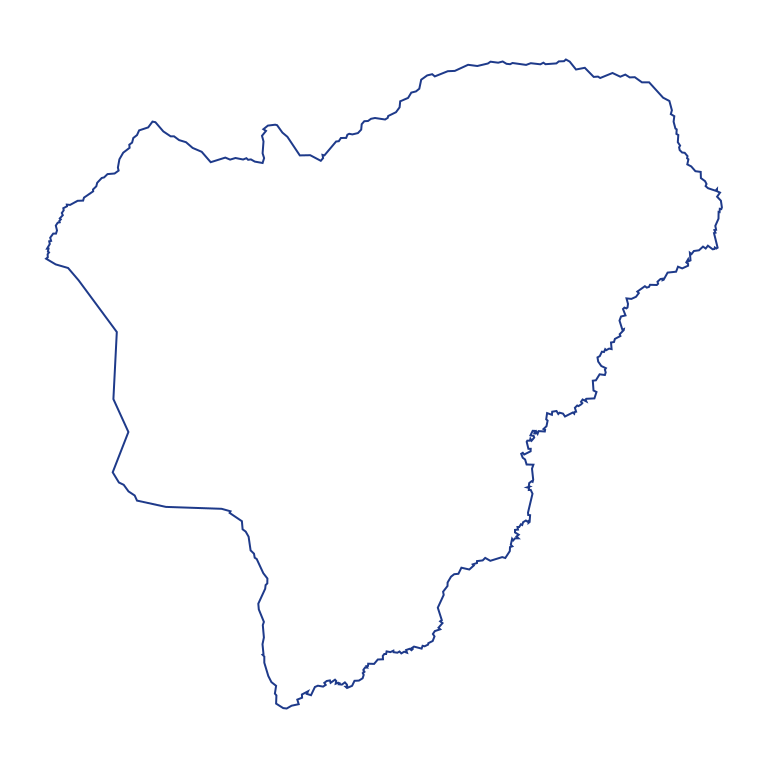 outline of Mungwi, Muchinga, Zambia
{"feature_id": "96606910B23171864038647", "entity_name": "Mungwi", "entity_type": "district", "adm_level": 2, "iso_a3": "ZMB", "parent_name": "Zambia", "parent_adm1": "Muchinga", "projection": "mercator", "projection_center": [31.716, -9.991], "detail": "fine", "context": "isolated", "style": "outline", "palette": "blue", "viewbox_px": 768, "rotation_deg": 0, "n_neighbors": 0, "source": "geoboundaries", "source_scale": "gbopen_adm2", "svg_char_len": 6048}
<svg xmlns="http://www.w3.org/2000/svg" viewBox="0 0 768 768"><path d="M717.6,247.7L714.0,233.1L715.5,232.7L714.4,230.1L716.1,229.8L715.3,225.9L718.5,218.7L718.6,211.9L719.6,212.1L719.8,208.8L721.3,209.1L721.9,207.4L720.9,200.7L717.1,196.7L720.0,192.6L716.9,191.2L717.0,189.0L715.5,190.7L708.0,188.2L705.6,186.1L706.5,184.0L705.1,181.2L700.9,178.1L700.7,171.9L695.4,171.2L691.2,166.4L687.3,164.4L688.4,159.3L687.1,158.3L687.5,156.1L684.7,152.8L682.1,152.5L679.7,150.1L679.1,147.3L680.1,145.6L677.8,142.2L678.3,135.0L676.4,133.9L676.7,129.4L675.4,128.5L673.6,121.7L674.3,116.2L670.8,114.1L671.9,110.3L669.4,101.0L663.1,97.7L649.1,82.3L641.9,82.3L634.8,77.2L629.7,77.4L625.3,74.6L620.3,76.7L612.5,73.0L600.2,78.0L598.0,76.6L593.7,76.9L584.8,67.8L576.0,69.5L569.7,61.6L565.9,59.5L564.0,61.2L558.8,61.4L556.4,63.4L545.5,64.2L543.4,62.7L540.4,64.3L530.8,63.2L526.1,64.9L512.5,63.0L510.1,64.2L506.5,63.8L502.7,61.5L498.2,62.7L490.5,61.7L487.9,63.5L477.3,66.0L468.1,64.8L454.8,70.9L447.8,71.2L434.8,76.4L432.2,74.2L427.2,75.4L421.2,79.7L419.3,88.7L416.0,91.4L411.3,92.6L408.1,97.9L400.2,101.3L399.6,107.3L396.0,112.2L388.2,116.0L387.7,117.9L385.1,119.5L375.0,118.0L371.0,118.8L368.0,121.0L364.3,121.2L361.7,124.2L361.2,129.6L357.9,133.1L352.4,134.4L349.2,133.8L347.4,134.7L346.2,137.9L340.9,138.0L338.8,141.2L336.1,141.5L324.4,155.4L322.5,154.9L323.1,158.1L320.8,160.8L310.2,155.2L299.8,155.4L287.4,136.8L282.4,132.6L277.1,125.2L275.2,124.7L267.9,125.6L263.4,129.2L266.0,130.9L262.0,135.8L263.5,141.4L262.6,153.3L264.1,158.1L262.6,163.0L254.8,161.6L250.9,159.4L248.1,159.8L246.4,158.2L243.1,159.5L235.5,158.0L230.1,159.6L225.3,157.6L210.7,162.2L201.7,151.8L192.6,147.9L186.0,142.2L179.1,140.1L174.0,136.3L170.6,136.3L163.3,131.4L155.4,122.2L152.5,121.6L148.2,127.4L139.1,130.4L137.0,135.1L133.3,138.0L132.1,142.6L129.3,144.7L129.6,147.8L123.2,152.7L119.4,159.3L117.9,167.6L118.6,170.6L114.6,173.5L107.5,174.1L104.1,177.4L101.7,178.0L97.2,182.8L96.3,186.3L93.0,189.5L93.2,191.3L84.0,197.6L83.1,200.6L77.6,200.8L70.1,204.9L66.8,204.6L67.0,206.3L63.3,208.2L63.7,210.3L61.8,213.0L62.8,215.2L59.8,218.4L60.8,219.4L59.3,221.0L59.7,222.3L57.7,222.7L55.8,225.6L57.0,230.4L56.0,233.6L53.2,233.6L50.2,237.7L51.1,240.9L49.2,241.3L49.8,244.0L47.0,248.7L48.5,248.7L47.9,251.6L49.0,252.4L47.6,254.3L47.8,257.3L46.1,258.7L55.7,264.4L68.1,268.0L78.6,280.3L116.8,332.0L113.4,399.1L128.4,432.0L112.7,472.3L118.9,482.5L123.7,484.8L128.5,491.4L134.7,495.5L137.0,500.6L165.9,506.9L221.6,508.8L230.5,511.3L229.6,512.9L241.9,521.2L242.6,529.3L245.7,531.6L248.6,536.7L250.6,550.4L254.0,553.7L254.7,557.7L256.7,559.0L263.3,573.2L267.4,578.5L267.3,583.4L265.6,585.1L265.2,588.7L258.3,603.7L258.8,609.4L263.9,621.9L262.8,625.1L263.9,637.5L262.5,644.2L263.5,654.2L262.5,654.7L264.3,656.5L264.3,662.7L268.3,676.0L271.4,682.1L276.1,685.8L274.9,693.6L276.4,695.4L276.1,703.6L283.2,708.1L286.7,708.5L291.6,705.7L298.7,704.2L297.3,699.6L302.1,697.7L301.9,694.5L308.0,691.3L306.8,693.9L311.0,695.2L314.9,687.0L317.9,685.7L323.1,686.6L325.7,684.9L324.3,682.9L326.7,681.0L329.9,680.4L330.6,682.8L335.0,679.7L336.2,681.0L335.7,683.7L338.2,682.7L339.6,683.3L339.0,684.3L341.9,684.6L344.9,682.4L346.9,684.6L347.3,686.5L345.6,686.7L347.0,688.0L352.1,685.8L354.5,680.8L358.9,680.6L362.6,678.3L363.7,674.9L362.8,673.1L365.1,671.3L363.7,671.6L363.4,669.8L365.1,667.5L367.2,667.6L366.4,666.2L368.0,665.9L368.2,663.7L374.1,663.9L377.8,659.5L383.0,659.3L382.8,655.9L384.3,654.0L386.1,654.0L386.6,651.4L390.4,652.1L393.4,650.7L393.6,652.2L397.4,652.7L399.5,651.5L401.3,653.4L404.2,651.7L407.0,652.7L406.1,650.0L409.6,648.8L411.5,650.2L412.7,649.0L411.7,648.1L414.0,646.6L421.6,648.6L422.6,645.8L424.6,646.3L428.1,644.6L428.3,643.2L432.7,641.0L434.5,636.4L432.9,634.0L434.8,631.1L440.2,629.3L438.5,627.7L442.5,623.1L440.2,621.3L441.8,620.2L437.8,607.7L443.7,594.9L443.1,591.7L447.5,586.0L447.6,582.5L451.0,576.7L454.2,574.2L458.4,573.8L461.4,567.7L469.3,569.5L473.8,565.5L472.8,564.4L477.0,563.0L477.0,561.1L482.7,560.4L485.2,557.9L490.3,560.8L502.2,557.1L505.3,558.0L509.8,551.1L510.0,547.1L512.3,546.3L510.8,544.8L512.1,538.8L513.2,540.4L515.1,538.3L518.4,538.3L516.5,536.5L518.7,534.7L515.0,532.4L515.0,529.9L518.0,529.6L517.5,527.0L519.2,527.0L520.9,524.3L522.2,525.0L523.1,522.2L525.9,520.5L527.4,521.6L528.8,520.7L528.6,522.8L529.6,522.0L530.1,515.2L528.2,515.0L528.0,512.6L532.5,493.7L530.7,489.9L528.8,490.0L529.0,487.9L527.1,487.4L529.8,486.5L528.8,486.1L529.2,483.1L531.6,481.2L532.6,481.8L533.2,479.7L532.0,468.7L533.4,464.7L526.6,464.5L525.1,459.5L522.7,457.7L521.2,453.8L522.8,452.8L524.2,454.5L530.6,451.3L530.7,448.8L528.4,448.8L526.7,441.8L527.3,440.7L529.9,440.7L530.4,438.7L531.6,440.7L534.2,437.6L533.7,436.0L530.5,435.3L532.7,430.8L534.8,430.9L534.3,433.4L535.6,433.5L536.4,431.7L537.6,433.8L538.6,431.1L544.8,431.5L545.1,429.8L543.5,429.0L546.5,426.2L547.6,420.6L546.2,419.3L547.1,413.1L551.9,414.8L552.2,411.7L556.5,411.0L558.3,414.0L559.6,412.7L563.0,413.6L565.0,416.5L572.8,412.5L574.2,413.7L574.5,412.1L576.1,411.7L574.9,407.8L577.2,405.5L578.5,406.1L581.4,404.2L582.3,403.1L581.0,401.8L582.6,399.5L586.3,401.4L585.5,399.6L586.3,398.8L594.4,398.4L596.5,392.0L593.5,390.5L592.8,380.7L595.9,380.3L599.6,374.3L604.9,375.0L605.7,372.4L604.9,369.7L605.9,368.2L601.3,366.0L598.2,361.6L597.5,357.4L599.8,356.1L601.9,351.7L604.0,352.0L605.2,349.2L606.2,350.2L609.1,348.6L611.6,349.1L611.0,342.5L614.0,342.0L614.9,338.9L620.4,336.0L619.7,334.2L623.7,330.2L623.9,329.1L622.4,329.8L619.5,320.6L621.0,316.5L625.5,315.4L623.0,309.0L624.4,307.6L626.4,308.4L627.5,307.5L628.0,303.9L626.5,298.4L631.4,298.9L636.0,296.8L638.8,293.1L637.3,291.6L644.9,286.2L646.8,287.6L649.0,286.9L650.0,284.8L656.8,285.0L658.1,283.7L657.5,281.7L660.5,279.0L662.6,278.7L662.5,280.2L663.6,279.8L667.6,272.6L676.1,271.7L678.0,266.7L682.2,268.4L688.1,265.7L688.1,263.9L686.3,262.4L688.1,259.3L688.6,261.3L690.5,260.4L689.9,252.8L691.5,254.1L693.9,251.0L699.0,250.3L703.0,246.6L705.7,248.5L707.9,245.7L712.7,249.3L714.4,249.0L714.8,247.5L716.3,248.5L717.6,247.7Z" fill="none" stroke="#1e3a8a" stroke-width="2"/></svg>